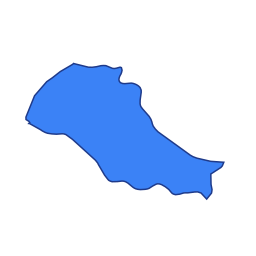 outline of Demerara-Mahaica, rotated 285°
{"feature_id": "GUY-677", "entity_name": "Demerara-Mahaica", "entity_type": "Region", "adm_level": 1, "iso_a3": "GUY", "parent_name": "Guyana", "parent_adm1": "", "projection": "mercator", "projection_center": [-58.12, 6.456], "detail": "fine", "context": "isolated", "style": "filled", "palette": "blue", "viewbox_px": 256, "rotation_deg": 285, "n_neighbors": 0, "source": "natural_earth", "source_scale": "10m", "svg_char_len": 1510}
<svg xmlns="http://www.w3.org/2000/svg" viewBox="0 0 256 256"><g transform="rotate(285 128 128)"><path d="M106.7,31.1L107.8,31.7L108.8,30.5L109.8,27.3L112.1,26.6L135.0,29.4L151.7,37.5L157.0,42.0L165.0,48.0L175.0,57.9L176.3,58.8L176.2,59.2L176.5,74.1L177.4,77.7L179.0,81.6L181.2,85.8L182.0,88.1L182.5,90.5L181.6,97.6L181.9,99.4L182.7,101.2L184.7,104.6L184.6,106.0L182.3,107.3L180.2,107.4L178.2,107.2L176.4,106.7L174.5,106.5L172.6,106.6L171.0,107.4L169.8,108.9L169.6,111.3L170.0,113.4L172.2,119.5L172.4,121.4L172.3,123.3L172.0,125.2L171.3,127.3L170.2,129.2L168.0,130.9L166.0,131.5L158.1,132.5L154.5,133.4L153.3,134.0L152.1,134.8L150.3,137.0L144.7,145.4L142.3,147.9L140.0,149.5L138.2,150.5L136.3,151.9L134.1,154.6L132.0,158.1L117.9,195.1L117.1,198.2L116.7,202.3L117.2,216.5L119.7,229.4L115.8,228.9L114.0,228.0L105.0,219.9L95.0,222.8L90.3,225.1L88.1,225.4L86.7,225.5L79.7,222.4L84.1,215.4L84.3,211.9L83.5,209.1L80.9,202.7L80.1,199.8L79.6,198.5L77.5,195.1L75.9,191.2L75.9,189.4L76.2,187.8L76.9,186.6L79.2,183.3L80.9,179.3L82.0,175.1L82.1,172.7L81.7,170.9L81.0,169.7L78.4,166.9L75.2,164.0L74.2,162.6L73.2,160.4L71.7,155.9L71.3,153.2L71.3,151.0L71.6,149.5L72.1,148.0L74.8,142.1L75.5,139.4L75.5,137.5L75.2,135.9L73.5,131.6L72.0,126.5L72.1,124.6L72.5,122.9L73.2,121.8L76.4,117.6L85.3,108.6L85.9,108.2L86.3,107.8L88.5,104.8L102.7,77.2L105.6,69.7L105.7,67.7L105.4,66.0L103.5,60.4L102.6,56.0L102.1,51.6L102.3,49.1L103.0,46.0L103.7,44.0L106.8,31.8L106.7,31.1Z" fill="#3b82f6" stroke="#1e3a8a" stroke-width="1.5"/></g></svg>